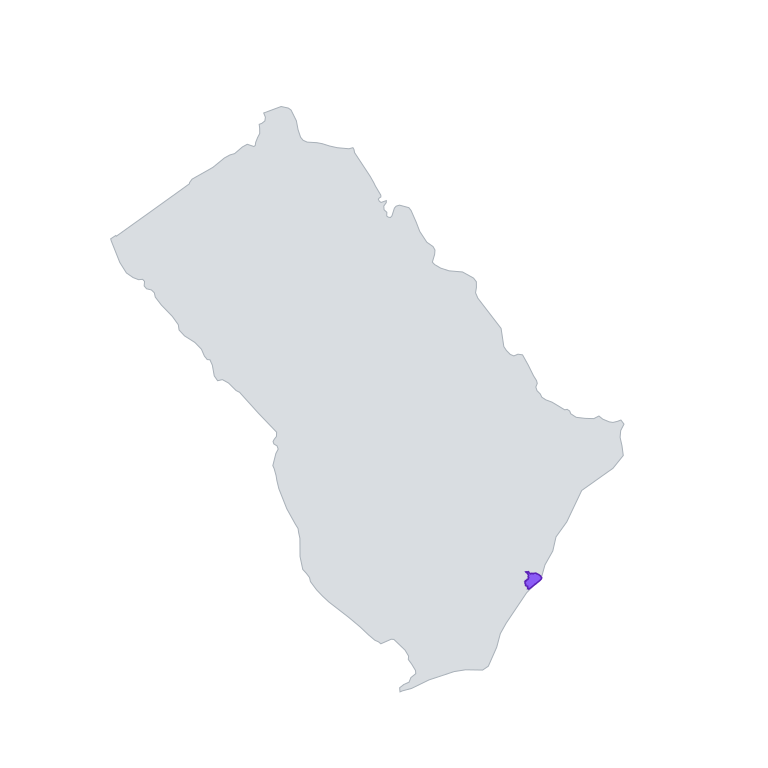 location of Ekumfi, Central, Ghana, rotated 325°
{"feature_id": "2480657B22323593180175", "entity_name": "Ekumfi", "entity_type": "district", "adm_level": 2, "iso_a3": "GHA", "parent_name": "Ghana", "parent_adm1": "Central", "projection": "natural_earth1", "projection_center": [-0.909, 5.289], "detail": "fine", "context": "in_parent", "style": "filled", "palette": "violet", "viewbox_px": 768, "rotation_deg": 325, "n_neighbors": 0, "source": "geoboundaries", "source_scale": "gbopen_adm2", "svg_char_len": 5496}
<svg xmlns="http://www.w3.org/2000/svg" viewBox="0 0 768 768"><g transform="rotate(325 384 384)"><path d="M458.9,97.7L463.9,103.1L465.0,106.3L463.2,118.1L459.5,126.3L457.2,134.0L457.5,137.9L459.8,141.8L467.4,147.8L471.3,151.8L475.9,157.8L481.2,163.6L490.2,171.2L494.1,172.6L493.9,174.7L492.6,177.6L491.8,205.9L491.1,213.2L490.5,216.9L489.7,227.5L488.7,229.0L487.0,228.9L485.4,229.3L485.0,231.4L485.7,233.6L491.1,235.1L489.9,236.7L485.9,238.1L484.0,241.3L484.8,245.0L482.6,247.9L483.2,249.8L484.7,251.3L487.0,250.8L493.4,245.9L496.0,245.3L499.3,246.4L505.5,253.8L505.7,257.4L503.2,269.9L500.8,279.5L500.4,292.4L503.0,299.6L502.6,303.5L499.8,306.9L493.5,311.9L494.0,315.3L496.9,321.6L502.2,328.6L512.6,337.3L518.1,348.6L518.3,353.2L515.1,357.9L511.3,361.8L510.1,367.6L511.8,405.6L503.6,422.1L503.5,426.8L504.4,432.2L506.5,435.5L510.8,436.4L514.2,439.6L513.0,451.2L511.2,463.0L510.9,468.7L509.9,471.4L506.6,473.6L505.5,477.3L506.3,481.9L505.7,485.3L507.4,489.7L511.2,495.2L517.2,508.8L519.5,509.8L520.6,512.7L519.9,515.5L522.3,521.5L529.0,527.5L536.0,532.7L541.7,533.5L543.0,538.2L546.8,544.2L549.5,546.8L553.8,548.5L557.4,549.4L557.6,554.5L551.2,557.9L546.8,563.1L543.5,571.1L539.0,579.8L523.2,584.4L517.2,584.4L484.9,584.6L454.6,601.8L437.2,607.9L426.5,617.6L412.1,624.5L402.0,632.8L381.1,636.8L346.9,650.0L336.1,655.2L325.3,664.3L307.6,675.0L300.7,674.9L286.9,664.9L276.5,659.8L251.1,652.2L232.1,649.2L223.0,645.9L220.5,645.4L222.6,641.8L227.9,641.5L233.5,642.6L237.7,639.9L243.9,639.5L245.5,636.7L246.0,629.4L245.9,623.6L248.1,621.0L248.6,614.1L245.6,598.9L243.5,597.2L232.4,595.0L231.6,592.0L229.6,588.8L227.5,581.0L225.1,569.3L221.2,554.8L213.8,531.0L212.0,522.5L210.7,513.9L210.4,503.7L212.0,499.8L211.8,494.5L211.1,489.3L216.3,477.1L226.6,462.2L228.8,456.9L230.7,453.1L231.0,447.8L232.8,430.5L237.8,409.5L240.9,401.6L243.0,397.3L245.5,390.3L246.1,387.1L255.6,378.9L260.0,376.6L260.9,373.4L259.4,369.9L260.1,367.5L262.4,366.3L265.8,365.3L268.4,361.9L264.4,336.1L261.2,310.3L261.0,308.1L259.1,304.6L257.2,294.0L254.1,287.7L249.6,285.9L249.6,280.0L254.2,270.1L255.3,264.3L253.2,262.6L252.9,258.1L254.4,250.8L253.7,246.3L252.9,241.5L248.2,230.2L247.1,222.2L249.5,217.5L249.4,207.3L246.9,191.6L246.5,181.6L248.2,177.5L247.4,173.5L244.1,169.8L243.8,166.1L246.7,162.6L246.3,159.8L242.8,157.8L239.5,152.9L236.7,145.3L237.3,132.9L242.7,110.2L243.4,108.3L249.5,108.5L249.5,109.4L268.4,109.2L290.1,109.0L315.9,108.7L339.4,108.4L340.4,107.4L344.3,106.1L368.1,108.4L382.9,107.3L389.2,108.0L393.8,109.6L404.0,108.6L409.5,109.2L413.6,114.8L415.3,114.8L417.6,112.4L421.7,109.7L425.9,107.5L428.9,103.1L430.7,99.7L433.4,100.4L437.3,100.2L439.9,97.4L440.9,93.0L458.9,97.7Z" fill="#d9dde1" stroke="#a8b0b8" stroke-width="1"/><path d="M385.0,635.1L385.3,635.1L387.3,635.1L387.5,635.1L387.8,635.1L388.1,635.1L388.4,635.1L388.5,635.1L388.8,635.0L389.0,635.0L391.9,634.8L392.0,634.8L392.3,634.8L392.5,634.8L392.8,634.8L393.0,634.8L393.4,634.8L393.4,634.7L393.6,634.8L393.8,634.7L394.0,634.7L394.3,634.7L394.5,634.7L394.8,634.7L395.1,634.6L395.3,634.6L395.6,634.6L396.2,634.5L396.5,634.6L396.8,634.5L397.0,634.5L397.3,634.5L397.5,634.5L397.8,634.5L397.9,634.4L398.1,634.4L398.4,634.4L398.7,634.4L399.1,634.3L399.3,634.3L399.5,634.3L400.0,634.1L400.3,634.1L400.5,634.1L400.8,634.0L401.0,633.9L401.3,633.8L401.4,633.7L401.5,633.5L401.5,633.4L401.7,633.2L401.8,633.2L402.0,633.2L401.9,632.6L402.0,631.5L402.2,631.4L402.2,631.2L402.0,630.6L401.9,630.3L401.8,630.1L401.7,630.0L401.6,629.9L401.6,629.7L401.6,629.2L401.5,628.9L401.4,628.8L401.3,628.6L400.8,627.8L400.7,627.6L400.6,627.3L400.4,627.0L400.3,626.9L400.2,626.9L400.2,626.7L400.2,626.4L399.9,626.2L399.6,625.9L399.5,625.7L399.3,625.7L399.1,625.6L398.1,625.0L397.9,624.9L397.3,625.1L397.2,625.0L397.2,624.9L397.1,624.7L396.9,624.5L396.8,624.4L396.8,624.2L396.7,624.2L396.5,623.9L396.4,623.9L396.2,624.0L396.0,623.9L395.9,623.8L395.9,623.7L395.7,623.7L395.4,623.5L395.2,623.6L395.1,623.4L395.2,623.2L395.1,622.9L394.8,622.5L394.7,622.3L394.7,622.2L394.6,621.8L394.6,621.7L394.6,621.4L394.7,621.1L394.8,620.7L394.7,620.5L394.4,620.4L394.2,620.3L393.9,620.3L393.7,620.3L393.6,620.1L393.4,620.0L393.2,619.9L393.0,619.6L392.9,619.6L392.8,619.4L392.7,619.4L392.3,619.2L392.3,619.6L392.4,619.9L392.4,620.0L392.5,620.2L392.6,620.3L392.6,620.5L392.8,620.6L392.9,620.8L393.0,621.2L393.0,621.3L392.9,621.6L392.9,621.8L392.7,621.9L392.7,622.0L392.8,622.3L392.8,622.6L392.9,622.9L392.9,623.0L392.8,623.4L392.8,623.5L392.7,623.6L392.5,623.8L392.2,623.9L391.4,624.6L391.5,624.8L391.5,625.0L391.5,625.4L391.5,625.6L390.8,626.0L390.2,626.2L389.9,626.6L389.7,626.5L389.5,626.4L389.4,626.5L389.2,626.5L389.1,626.4L389.0,626.2L388.8,626.3L388.6,626.5L388.4,626.5L388.2,626.6L387.8,626.5L387.7,626.4L387.4,626.4L387.1,626.2L387.0,626.4L386.9,626.6L386.8,626.8L386.7,626.8L386.8,626.9L386.8,627.0L386.7,627.0L386.5,626.9L386.4,627.0L386.2,627.1L385.9,627.3L385.7,627.4L385.6,627.5L385.3,627.9L385.2,628.1L385.1,628.5L385.2,628.8L385.3,629.0L385.2,629.5L384.9,629.6L384.7,629.5L384.7,629.4L384.6,629.6L384.5,629.8L384.5,630.2L384.4,630.4L384.5,630.5L384.7,630.9L384.9,631.2L385.0,631.3L385.1,631.5L385.4,631.8L385.5,631.9L385.7,632.1L385.5,632.3L385.4,632.4L385.2,632.4L385.1,632.5L385.0,632.8L384.9,632.9L384.9,633.0L384.9,633.3L384.7,633.4L384.6,633.5L384.6,633.8L384.8,633.8L384.9,634.0L384.7,634.1L384.8,634.2L384.7,634.2L384.7,634.3L384.8,634.4L384.8,634.5L384.7,634.5L384.8,634.6L384.8,634.8L385.0,635.0L385.0,635.1Z" fill="#8b5cf6" stroke="#5b21b6" stroke-width="1.5"/></g></svg>